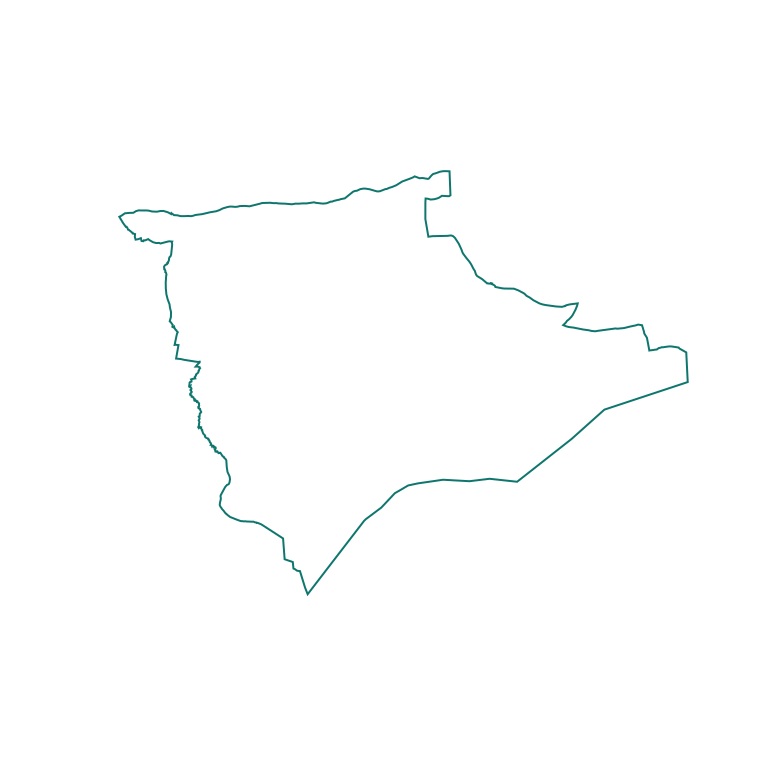 Corbasca, Bacau, Romania, rotated 283°
{"feature_id": "2599482B394059638430", "entity_name": "Corbasca", "entity_type": "district", "adm_level": 2, "iso_a3": "ROU", "parent_name": "Romania", "parent_adm1": "Bacau", "projection": "equal_earth", "projection_center": [27.141, 46.291], "detail": "fine", "context": "isolated", "style": "outline", "palette": "teal", "viewbox_px": 768, "rotation_deg": 283, "n_neighbors": 0, "source": "geoboundaries", "source_scale": "gbopen_adm2", "svg_char_len": 6157}
<svg xmlns="http://www.w3.org/2000/svg" viewBox="0 0 768 768"><g transform="rotate(283 384 384)"><path d="M294.8,439.4L304.0,463.1L308.5,489.1L315.4,508.2L318.7,535.7L372.6,579.1L408.6,604.5L454.2,679.5L482.8,671.4L484.8,664.6L485.2,663.6L485.8,662.9L485.3,655.9L484.8,653.5L483.6,650.2L482.6,647.8L482.3,646.3L481.7,645.5L480.7,643.5L479.0,642.1L478.1,639.5L477.7,638.8L476.6,635.6L476.3,635.0L488.2,629.8L491.8,626.2L493.0,625.8L499.3,622.2L499.1,618.7L498.8,617.8L497.8,616.2L495.3,610.8L492.5,605.3L490.3,598.7L490.3,597.7L490.1,596.8L484.1,580.9L482.9,578.0L482.4,574.5L482.4,571.1L481.9,565.7L481.6,556.0L481.1,551.2L481.2,548.3L481.7,545.4L484.8,547.4L486.5,548.0L489.1,550.0L491.9,551.6L493.9,552.4L499.6,553.9L504.1,554.6L506.1,554.6L503.4,547.2L501.9,544.2L500.9,542.8L500.7,542.9L499.2,540.0L498.2,533.9L497.3,523.9L497.2,520.5L497.5,517.3L499.2,510.8L501.0,506.6L502.0,503.0L503.3,501.0L503.9,499.7L505.5,493.6L506.1,489.1L504.1,479.8L503.8,477.5L503.6,470.7L504.6,470.0L505.3,468.5L505.6,466.3L506.3,466.5L506.4,465.3L505.7,464.8L505.4,463.6L505.5,462.4L505.2,461.9L508.2,456.2L510.1,450.6L511.0,449.4L512.0,448.6L514.6,447.1L516.1,445.5L520.2,442.0L522.5,439.6L525.3,435.9L528.8,431.8L529.8,430.9L532.2,429.4L537.5,425.3L542.3,420.3L543.5,418.3L543.8,416.8L543.8,415.8L542.6,412.4L539.0,398.2L537.5,394.1L554.0,387.2L570.1,383.5L574.1,382.8L574.4,385.4L574.2,387.7L574.4,388.5L575.4,391.5L576.6,393.8L577.8,395.6L580.4,398.1L581.4,404.2L581.7,405.2L582.8,406.3L606.0,400.0L605.1,395.4L604.4,393.0L603.3,390.6L600.9,386.9L599.9,385.0L599.4,384.4L597.8,383.3L594.3,381.5L593.7,380.6L593.4,375.3L592.5,372.3L593.2,367.2L592.0,366.0L590.4,363.8L585.4,356.2L580.4,351.2L577.8,347.6L576.4,345.1L574.6,342.7L574.2,341.5L571.0,336.8L570.4,335.3L570.1,333.6L570.5,326.1L570.2,321.9L569.8,320.0L568.5,317.0L566.2,314.1L565.6,312.3L564.3,310.5L556.1,304.1L554.4,300.3L553.6,299.1L552.9,297.5L551.2,294.1L550.1,292.5L549.7,291.0L547.6,288.1L547.0,286.9L546.0,283.8L545.2,276.8L545.3,275.0L542.6,268.1L541.7,264.2L540.3,259.6L539.9,257.4L538.4,253.8L537.5,247.4L536.2,240.6L536.1,238.8L535.3,235.3L535.0,232.4L533.2,225.5L532.7,224.1L532.0,223.0L526.9,213.0L526.2,208.3L524.9,203.4L524.0,201.8L523.2,199.6L522.4,194.5L521.3,191.8L518.8,187.4L516.4,184.5L514.6,181.7L512.2,175.9L508.6,168.6L506.3,162.3L504.9,160.0L504.1,158.1L503.6,155.1L502.8,152.3L501.9,148.5L501.8,147.6L501.9,144.9L501.3,141.3L502.1,139.8L502.3,139.0L502.6,138.5L501.7,138.4L502.7,134.8L503.0,130.2L502.3,127.3L500.9,124.2L500.6,123.0L499.9,119.0L500.0,116.2L499.8,114.3L497.9,105.7L496.6,103.4L494.4,101.2L493.5,97.5L492.0,93.1L489.0,90.4L487.4,88.5L482.2,93.5L479.0,97.2L479.3,97.8L478.4,98.8L476.8,99.9L476.8,100.8L476.4,101.3L476.0,102.4L474.9,104.3L474.9,105.0L474.1,105.3L474.1,107.7L471.3,108.1L468.8,109.5L469.7,111.7L471.4,114.3L468.8,115.6L469.0,117.4L470.0,117.7L470.2,118.9L472.1,121.6L471.3,123.5L470.2,127.1L470.1,130.4L470.9,133.2L470.6,134.5L474.4,141.8L474.8,143.1L475.1,145.4L474.6,145.2L473.8,145.7L471.9,146.3L462.2,147.5L460.2,147.2L459.6,146.6L458.1,146.3L456.6,146.6L454.1,146.3L454.0,145.9L453.2,145.6L452.9,146.1L451.8,145.6L451.2,144.6L450.3,143.8L448.8,143.3L446.4,144.1L446.5,144.5L445.1,145.5L443.8,145.7L443.6,146.4L441.5,147.5L440.4,147.4L433.7,148.5L428.1,149.9L422.4,151.8L417.8,154.2L413.4,157.1L410.4,158.2L406.2,160.3L401.4,161.3L396.9,161.1L396.1,162.5L394.0,164.9L392.1,164.9L391.7,166.2L392.5,166.7L391.6,167.1L389.9,168.8L389.7,169.5L389.0,170.0L388.1,171.4L386.5,171.0L383.5,171.0L375.0,171.2L375.4,172.2L375.7,175.0L362.0,175.7L362.6,180.4L362.6,183.8L363.4,195.3L363.7,198.1L364.3,199.4L364.1,199.5L363.5,199.5L361.2,197.9L358.6,196.6L359.1,198.8L358.8,200.6L358.4,200.6L358.0,201.2L357.0,200.7L355.4,200.7L355.0,200.3L354.1,200.5L353.0,200.2L351.0,198.7L349.9,198.9L348.3,198.0L347.8,198.1L347.5,198.6L347.0,198.9L345.9,196.3L345.1,195.0L344.6,195.5L343.1,195.9L342.5,195.2L342.4,194.7L341.7,194.3L337.6,194.7L337.5,195.1L338.4,195.8L337.4,195.8L336.9,197.0L336.2,197.4L335.5,197.5L335.0,197.3L334.9,196.8L334.3,196.9L334.0,197.6L332.9,198.1L332.9,198.4L332.4,198.4L331.3,197.5L330.5,197.3L329.5,197.9L329.7,198.9L328.9,199.5L328.3,199.5L328.2,201.2L326.9,202.1L326.7,202.9L325.7,202.8L325.6,203.2L325.1,203.3L325.1,204.1L325.6,203.9L325.7,204.1L325.4,204.6L325.5,205.0L325.3,205.3L325.2,206.1L324.7,206.4L324.5,206.0L324.3,206.0L324.4,206.7L323.5,208.2L322.0,208.4L321.3,208.8L320.1,208.6L319.9,208.3L319.5,208.5L319.1,208.4L318.8,208.6L318.7,208.9L318.9,209.1L318.8,209.5L318.3,209.8L318.3,210.4L317.0,211.0L315.6,212.2L314.9,212.0L314.0,211.3L313.3,211.2L311.8,211.5L310.8,211.1L310.8,211.6L310.4,211.6L310.3,211.1L308.6,212.2L307.0,211.6L305.5,212.7L303.2,212.7L302.8,212.9L302.6,213.1L300.1,212.7L299.3,213.5L300.7,214.5L300.7,215.6L299.6,215.6L298.6,216.8L298.1,216.9L298.1,217.3L297.8,217.4L297.6,217.3L295.0,219.0L293.5,221.3L292.4,221.4L291.5,223.0L291.2,225.1L290.7,225.5L290.3,225.4L290.0,226.2L289.3,226.8L289.0,226.8L288.5,227.3L288.0,227.5L287.4,228.6L286.3,229.1L285.9,229.0L286.0,229.3L285.3,229.7L285.1,230.2L284.6,230.5L285.4,230.9L285.4,231.3L285.0,231.2L285.0,231.5L284.8,231.7L284.8,232.1L284.1,232.3L284.5,232.9L284.5,233.4L284.2,233.7L284.2,234.2L283.4,234.5L282.8,234.3L282.3,233.7L281.5,234.3L281.0,235.1L280.3,235.0L280.2,235.8L280.4,236.5L280.8,236.9L279.4,238.3L279.7,239.2L280.2,239.6L280.2,240.0L277.5,242.8L277.1,243.8L276.5,244.3L276.6,244.7L276.2,244.9L274.9,246.9L274.2,247.5L267.6,249.5L263.1,251.3L259.1,254.4L256.4,255.4L253.3,255.6L251.9,255.4L251.0,254.7L250.3,253.7L248.7,252.8L247.5,252.3L239.2,250.0L238.1,249.9L236.0,250.7L234.8,250.9L231.5,250.9L229.4,251.1L228.6,251.5L227.2,252.7L226.7,253.4L225.9,254.1L224.3,256.4L223.3,257.5L222.3,258.8L222.1,259.6L221.7,259.8L219.8,264.0L218.6,271.9L218.2,275.5L218.5,276.6L218.5,277.8L219.0,279.6L219.1,280.9L220.2,286.7L220.5,287.7L220.2,289.1L220.3,290.6L220.0,291.0L220.3,291.3L220.2,291.7L220.2,292.6L219.6,296.1L210.8,320.4L190.9,326.6L190.0,335.2L183.8,337.3L183.6,338.7L182.5,341.4L182.8,344.2L168.0,352.8L162.0,356.9L246.2,395.4L248.2,396.7L263.0,409.2L280.0,419.1L290.6,430.4L294.8,439.4Z" fill="none" stroke="#0f766e" stroke-width="2"/></g></svg>